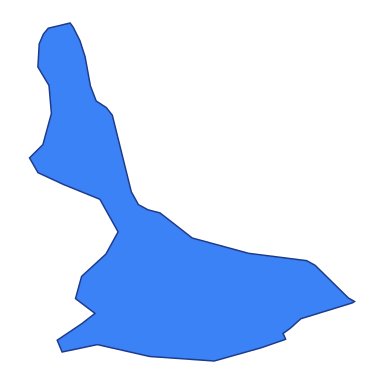 map outline of Engures (Equal Earth projection)
{"feature_id": "LVA-5759", "entity_name": "Engures", "entity_type": "Municipality", "adm_level": 1, "iso_a3": "LVA", "parent_name": "Latvia", "parent_adm1": "", "projection": "equal_earth", "projection_center": [23.268, 57.115], "detail": "fine", "context": "isolated", "style": "filled", "palette": "blue", "viewbox_px": 384, "rotation_deg": 0, "n_neighbors": 0, "source": "natural_earth", "source_scale": "10m", "svg_char_len": 672}
<svg xmlns="http://www.w3.org/2000/svg" viewBox="0 0 384 384"><path d="M70.1,23.0L73.1,27.1L79.9,40.6L85.1,56.8L90.4,85.9L96.2,101.0L106.3,107.6L112.3,115.2L131.3,191.8L138.4,204.6L147.9,209.8L160.0,212.9L192.2,238.0L248.5,253.3L306.8,260.7L315.2,265.4L348.4,298.0L354.5,301.5L352.6,302.8L300.9,318.7L290.1,328.4L283.0,333.5L284.2,335.8L285.6,339.3L261.7,347.6L214.2,361.0L149.7,356.5L97.4,344.6L62.1,352.0L57.2,340.2L81.6,323.8L95.0,313.4L75.5,298.6L81.6,276.4L105.9,254.1L118.1,231.9L99.9,199.3L63.5,184.5L38.0,172.7L29.5,157.9L42.9,144.6L51.4,113.5L49.0,85.5L37.9,67.0L39.2,43.9L43.4,34.1L48.3,28.2L70.1,23.0Z" fill="#3b82f6" stroke="#1e3a8a" stroke-width="1.5"/></svg>